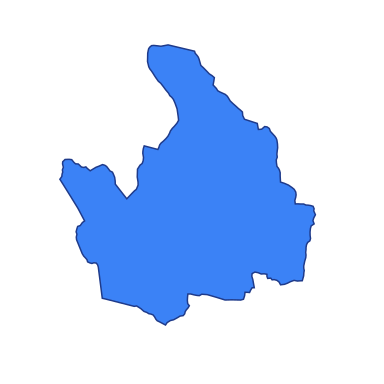 Iguatu, Ceará, Brazil, rotated 288°
{"feature_id": "56859067B45961762145701", "entity_name": "Iguatu", "entity_type": "district", "adm_level": 2, "iso_a3": "BRA", "parent_name": "Brazil", "parent_adm1": "Ceará", "projection": "robinson", "projection_center": [-39.268, -6.353], "detail": "fine", "context": "isolated", "style": "filled", "palette": "blue", "viewbox_px": 384, "rotation_deg": 288, "n_neighbors": 0, "source": "geoboundaries", "source_scale": "gbopen_adm2", "svg_char_len": 3478}
<svg xmlns="http://www.w3.org/2000/svg" viewBox="0 0 384 384"><g transform="rotate(288 192 192)"><path d="M65.4,172.4L66.5,174.5L65.8,177.4L65.2,179.5L63.6,183.2L63.5,186.3L62.9,188.5L63.2,190.6L63.1,192.9L61.7,195.0L59.8,197.0L58.8,198.7L58.4,201.7L57.3,207.9L60.1,208.7L63.0,211.1L64.8,214.0L66.9,216.0L68.4,217.4L70.3,219.0L71.7,221.8L73.9,222.7L76.1,222.5L78.1,223.0L80.4,224.0L83.0,224.6L84.5,222.4L87.4,221.1L90.8,220.2L93.7,219.6L94.6,222.3L94.8,225.7L95.2,228.9L95.7,231.0L97.8,232.9L99.1,238.2L99.4,248.1L99.5,256.8L101.7,263.0L104.3,271.7L105.9,274.1L109.6,274.1L113.0,273.4L113.7,275.7L114.2,277.8L116.9,278.1L119.5,278.8L120.2,280.8L127.5,276.9L130.4,274.9L133.0,274.4L135.3,276.6L135.7,279.9L135.4,283.1L136.5,285.9L136.9,288.7L134.8,289.4L133.2,290.7L134.4,293.5L133.2,295.3L134.1,297.3L134.2,300.1L133.3,302.6L131.1,304.9L132.8,308.5L134.8,311.0L137.1,313.3L139.5,316.4L139.9,319.8L140.9,322.2L141.7,324.3L146.7,324.1L149.9,323.3L152.0,323.0L153.9,321.9L156.2,321.1L158.3,320.9L160.9,320.6L164.7,320.5L167.3,319.9L169.6,318.8L172.6,318.2L174.5,317.6L177.3,317.2L179.8,317.6L182.0,319.2L184.4,319.1L187.3,317.7L190.5,316.6L193.9,315.9L196.6,315.8L199.4,318.0L202.1,315.9L204.8,315.8L208.5,316.4L211.7,313.6L213.8,313.3L215.8,311.6L215.8,309.2L215.4,306.6L214.8,304.3L215.1,301.9L214.2,299.2L213.4,296.2L212.6,293.9L215.8,292.4L218.9,292.3L221.4,291.9L224.0,290.7L226.1,288.4L227.1,285.9L228.4,281.6L228.8,277.1L228.8,273.1L234.5,270.9L237.6,269.9L239.7,268.5L241.3,266.9L242.6,264.9L245.8,263.3L248.6,262.2L251.5,262.3L254.3,261.0L257.7,260.3L260.5,259.8L264.2,258.4L267.6,256.7L269.2,255.4L270.6,253.6L273.9,247.8L276.3,245.9L277.1,243.3L276.7,240.9L273.2,238.8L272.0,235.8L275.5,233.9L277.4,232.9L277.4,225.6L277.4,219.4L280.4,216.6L283.7,215.2L284.9,212.6L285.8,210.2L287.2,207.2L288.8,203.5L290.4,200.2L292.6,197.7L294.0,196.0L295.1,193.5L295.8,187.4L296.3,185.1L298.0,183.2L300.3,179.0L304.1,178.5L307.7,177.9L308.9,175.0L309.7,171.9L311.4,168.8L313.7,164.4L315.1,161.3L320.5,157.7L322.2,156.3L323.4,154.7L324.9,152.2L326.7,150.9L324.5,123.8L321.0,117.4L320.5,114.7L319.6,110.4L318.7,108.3L316.6,107.0L314.8,106.5L312.7,106.7L310.3,107.0L302.3,109.4L297.7,112.2L296.0,113.9L294.6,116.0L292.8,118.3L291.1,120.3L289.5,122.3L286.9,125.8L285.8,128.6L283.0,132.7L281.1,135.3L278.7,139.2L276.8,141.1L275.8,143.5L274.3,145.7L271.4,148.3L266.5,152.1L259.6,155.5L256.0,157.1L252.7,156.4L249.0,154.9L246.4,153.6L243.3,152.6L241.1,152.5L237.7,151.9L234.9,150.8L231.6,149.1L228.9,147.4L226.7,146.7L224.3,146.7L221.9,146.4L221.1,132.3L218.3,132.3L215.7,132.7L213.5,133.3L209.9,135.2L206.7,135.9L203.7,135.8L201.5,134.3L196.9,133.1L189.3,135.3L184.8,137.6L181.9,138.6L179.1,138.4L177.2,138.2L175.5,137.0L172.3,135.4L165.4,132.1L167.9,128.3L175.8,116.6L178.8,115.5L182.1,113.9L184.7,111.7L186.3,110.2L186.7,107.5L188.3,105.2L189.9,102.9L190.5,100.8L190.4,98.4L187.8,95.5L185.8,93.0L182.8,90.4L180.7,88.6L182.1,85.1L183.1,83.3L181.9,81.5L181.6,79.1L182.6,77.1L183.5,75.2L182.8,72.5L183.7,70.5L185.6,67.6L185.1,65.0L183.7,61.2L180.8,59.7L178.7,60.2L175.8,62.0L172.9,61.9L171.0,62.9L168.9,62.9L166.5,63.4L163.3,62.4L158.3,68.4L149.9,78.4L148.1,80.5L141.3,88.5L131.3,98.8L129.1,97.2L125.6,96.1L123.9,93.9L121.0,93.9L118.3,94.1L116.3,95.6L113.3,95.9L110.9,97.0L99.5,106.6L97.6,108.8L96.4,111.0L95.2,113.0L93.3,114.3L93.0,116.8L93.1,118.9L94.4,120.6L94.8,123.0L93.5,124.8L91.6,126.1L63.2,139.5L63.5,142.9L65.4,172.4Z" fill="#3b82f6" stroke="#1e3a8a" stroke-width="1.5"/></g></svg>